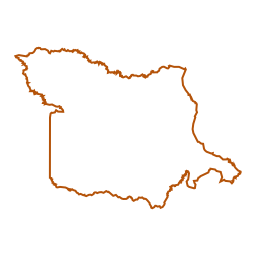 outline of Bagamoyo, Pwani, United Republic of Tanzania
{"feature_id": "72390352B29680200356010", "entity_name": "Bagamoyo", "entity_type": "district", "adm_level": 2, "iso_a3": "TZA", "parent_name": "United Republic of Tanzania", "parent_adm1": "Pwani", "projection": "mercator", "projection_center": [38.556, -6.309], "detail": "fine", "context": "isolated", "style": "outline", "palette": "amber", "viewbox_px": 256, "rotation_deg": 0, "n_neighbors": 0, "source": "geoboundaries", "source_scale": "gbopen_adm2", "svg_char_len": 5676}
<svg xmlns="http://www.w3.org/2000/svg" viewBox="0 0 256 256"><path d="M240.6,171.6L238.1,170.5L235.7,168.1L234.3,166.1L234.6,165.6L234.1,164.6L233.9,165.1L232.7,165.2L232.3,164.1L232.5,163.7L232.5,163.4L232.1,163.7L231.3,162.7L228.8,162.0L228.8,161.7L229.6,161.9L229.2,160.9L230.2,160.7L229.9,159.6L229.1,159.6L227.4,158.7L227.0,159.4L223.1,159.5L219.5,156.2L216.5,156.1L212.9,154.5L212.5,154.0L212.7,153.1L211.2,153.5L206.5,151.7L204.8,150.2L204.0,148.7L203.1,143.8L201.2,143.6L198.8,141.8L197.8,141.8L193.4,133.1L192.6,129.2L193.3,123.8L195.3,117.3L194.8,116.4L197.0,112.3L196.3,110.2L196.8,104.3L196.3,103.2L195.4,103.2L195.2,102.1L192.7,100.9L191.4,97.9L191.1,98.5L189.8,94.6L188.8,94.8L188.5,95.8L188.4,93.6L185.7,90.2L183.0,85.2L182.3,78.1L185.8,69.5L185.3,68.5L184.5,69.3L179.1,66.9L174.2,66.9L169.6,65.6L168.9,66.0L169.3,67.1L168.1,68.4L167.1,68.3L163.9,66.7L162.2,66.9L159.6,68.7L159.1,70.7L157.6,71.7L157.3,72.3L153.3,72.4L152.9,72.3L153.1,71.1L152.6,71.0L152.7,71.6L151.3,71.7L151.3,72.9L150.7,73.3L150.6,74.0L148.4,74.8L148.0,75.7L147.3,76.0L147.3,76.7L146.3,76.8L145.4,77.6L143.7,76.7L144.3,76.4L144.2,76.0L145.3,76.0L144.7,75.1L143.3,75.3L142.4,74.4L140.0,76.0L137.9,76.3L136.5,75.6L133.6,75.5L132.9,74.8L131.9,74.9L131.1,75.5L131.2,76.4L129.9,77.0L129.8,78.0L128.8,78.3L126.1,76.3L123.1,77.4L121.8,76.9L121.9,75.9L120.4,76.0L120.6,74.3L120.6,74.0L120.0,74.5L120.0,72.6L119.5,72.9L118.9,72.7L119.3,72.0L118.4,71.2L118.3,71.9L117.2,71.3L117.2,71.8L116.7,72.0L117.3,72.9L116.4,73.8L116.3,72.8L115.1,72.7L114.3,71.8L113.6,72.4L113.7,73.0L112.0,72.1L110.9,72.7L109.9,72.1L107.9,72.8L108.2,70.3L106.1,68.8L106.6,67.7L107.2,67.7L107.1,66.9L104.9,65.5L104.3,64.2L103.9,64.3L104.0,63.7L102.6,63.6L102.6,64.6L102.2,64.7L101.5,63.3L100.7,63.2L101.3,62.6L99.9,61.9L98.9,64.0L98.4,62.2L97.7,62.3L97.2,61.5L96.4,61.8L96.6,62.6L94.9,63.1L94.5,62.4L93.7,62.4L91.5,62.7L90.4,61.7L90.4,60.9L89.2,61.6L88.2,60.4L88.8,60.0L87.9,58.4L86.8,57.9L87.0,56.8L86.3,57.2L84.9,56.1L84.3,57.2L83.5,56.8L85.3,55.3L85.2,55.0L84.3,55.1L84.6,54.3L83.7,53.4L82.0,53.1L81.5,52.5L80.3,53.2L79.3,52.1L79.0,52.6L78.3,52.5L79.2,51.3L77.9,51.1L77.6,50.1L76.5,50.7L75.7,50.0L74.6,50.5L73.8,49.9L72.7,50.6L73.1,51.4L72.7,51.9L71.6,51.1L69.4,51.2L67.9,50.1L66.8,51.1L65.2,50.6L64.5,49.3L63.5,50.0L62.2,48.9L60.8,50.1L60.4,51.2L59.5,51.5L59.0,50.9L58.3,51.3L54.5,50.8L53.6,51.5L51.3,50.8L50.0,53.3L48.9,52.7L48.0,50.7L45.1,49.1L41.4,49.3L40.8,49.1L40.2,48.1L38.7,47.8L38.3,48.2L37.1,48.0L35.6,49.0L34.1,51.7L32.5,53.0L29.4,53.3L28.9,54.7L28.4,54.7L28.1,55.5L27.1,55.6L26.8,56.4L18.9,55.1L15.4,56.1L16.1,57.4L18.6,58.0L18.5,58.9L19.1,59.7L20.7,60.1L20.5,60.8L22.7,61.4L23.2,62.1L22.5,63.0L24.4,63.6L23.8,64.3L24.8,64.0L24.7,65.0L25.2,65.6L26.7,66.3L26.4,67.1L27.0,68.1L26.2,68.6L26.5,69.4L23.4,70.4L23.5,72.0L23.0,73.5L24.4,74.6L25.3,74.3L25.8,76.0L27.0,77.9L26.4,78.8L27.1,79.3L27.4,81.1L27.0,82.4L28.3,82.8L27.2,83.3L28.4,86.3L29.7,87.4L29.6,88.0L30.6,90.1L30.1,91.2L32.0,91.2L32.0,90.8L32.5,90.8L33.4,91.3L34.1,90.6L34.4,91.5L35.1,91.9L34.5,93.1L34.1,93.1L34.4,94.2L36.1,93.7L36.6,92.5L37.0,92.4L37.8,93.9L42.0,94.6L42.1,95.1L41.4,95.9L43.4,95.9L42.2,97.2L42.2,97.7L43.7,98.3L42.9,99.7L43.3,99.9L42.8,100.2L45.0,100.0L44.9,101.4L45.4,101.9L43.2,102.5L43.0,103.0L45.3,103.0L44.9,104.2L45.8,103.9L49.4,104.8L52.1,104.5L56.0,106.5L57.9,106.7L59.5,106.2L60.0,107.1L60.6,107.1L60.2,108.1L61.3,108.2L63.0,110.3L63.2,111.8L58.1,111.6L56.1,110.2L54.9,112.4L52.4,112.9L51.6,112.7L50.6,113.6L50.0,117.4L49.9,177.8L51.2,178.0L51.0,178.9L52.2,179.4L51.7,180.6L52.9,181.9L52.5,182.8L55.6,184.2L54.5,184.8L55.7,185.3L56.5,187.2L57.5,187.4L60.0,186.9L65.5,187.5L68.7,189.0L70.1,189.2L70.2,189.8L68.9,190.1L69.4,190.5L70.4,190.6L71.6,189.4L72.3,189.3L73.0,190.0L75.5,190.8L76.8,192.7L77.8,193.0L79.0,194.4L80.6,193.9L83.3,195.2L84.5,194.8L84.7,195.5L86.2,196.1L89.0,194.8L90.5,194.7L91.7,195.2L93.7,193.9L94.1,192.8L94.9,192.4L96.0,192.4L97.2,193.1L99.2,192.3L101.3,192.1L103.6,192.8L106.2,191.1L108.1,192.1L108.6,191.8L113.2,195.8L115.9,194.9L118.3,197.3L119.5,197.0L121.8,198.6L123.4,199.0L126.3,198.9L127.7,198.1L127.7,197.4L129.4,196.5L130.8,197.0L130.9,197.6L131.9,198.1L132.6,200.1L133.7,200.8L135.9,199.5L137.4,199.5L138.9,197.5L141.1,197.8L142.1,197.4L144.0,198.9L144.6,198.6L146.1,199.1L147.4,200.4L149.6,203.0L149.6,204.0L151.2,206.6L151.2,207.6L151.8,208.0L152.3,208.2L154.2,207.2L155.2,205.8L156.0,205.8L157.6,206.6L159.7,206.2L160.6,207.8L162.6,207.0L164.3,204.7L164.7,203.4L164.3,202.4L167.6,196.9L167.4,195.9L167.8,195.5L167.2,194.9L167.8,193.8L167.3,193.5L168.3,191.6L169.9,191.0L170.0,189.7L171.6,189.8L171.6,188.6L170.9,188.3L171.2,187.5L170.7,187.7L170.3,186.8L171.8,186.3L171.8,185.8L172.6,185.4L173.2,185.3L174.7,186.2L175.1,186.1L175.0,185.3L178.2,184.7L179.1,182.7L180.0,182.6L179.7,182.1L180.2,181.1L181.3,180.1L181.5,180.6L181.6,180.1L182.4,180.1L182.3,179.5L182.8,179.4L182.5,178.2L183.1,178.0L182.4,177.5L183.0,177.0L182.5,176.8L183.0,176.2L182.8,175.5L184.9,175.4L184.6,175.0L185.3,174.7L184.9,174.3L185.3,173.8L186.1,173.9L186.0,172.2L186.6,172.7L187.0,172.4L186.5,171.4L186.7,170.9L188.2,171.4L189.0,173.3L188.2,179.4L186.6,181.5L187.6,185.8L189.1,186.9L194.1,188.3L194.9,188.1L195.5,184.5L194.5,183.0L193.9,180.9L197.3,180.6L198.4,177.6L199.3,177.4L200.4,176.2L208.4,172.4L209.1,170.1L210.1,169.6L210.4,168.7L215.0,169.5L216.5,171.0L220.7,171.9L222.2,177.2L220.5,181.6L224.2,179.8L225.4,180.9L230.1,181.4L231.9,183.3L233.2,181.8L233.4,180.9L232.7,180.6L233.4,180.1L233.7,177.9L234.2,177.5L235.1,177.9L234.6,176.7L235.4,176.5L235.9,177.4L236.4,176.2L237.9,175.8L238.5,174.0L239.4,174.1L240.1,173.6L239.8,172.7L240.6,172.4L240.6,171.6Z" fill="none" stroke="#b45309" stroke-width="2"/></svg>